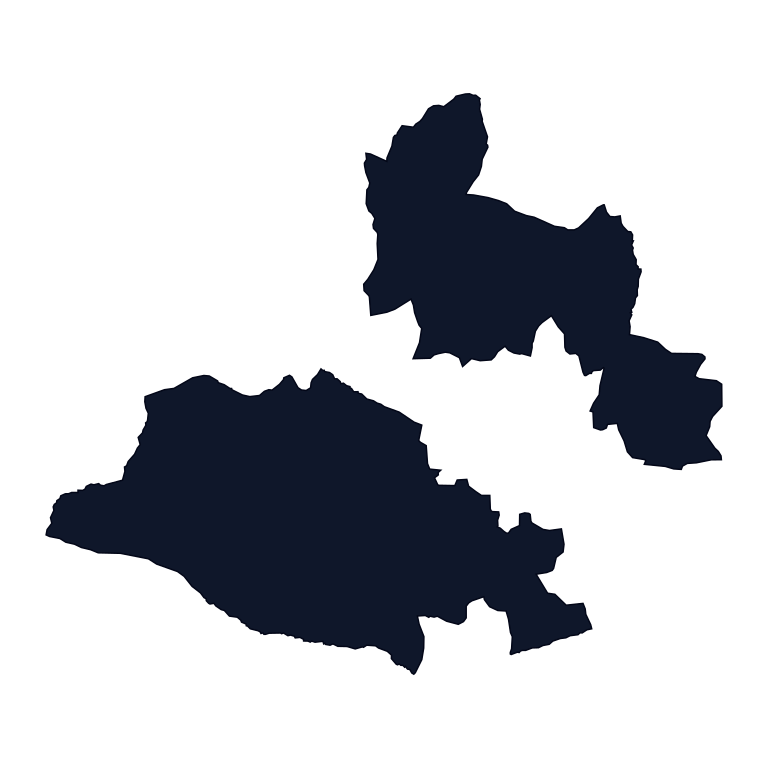 outline of Kahama, Shinyanga, United Republic of Tanzania
{"feature_id": "72390352B22692962057204", "entity_name": "Kahama", "entity_type": "district", "adm_level": 2, "iso_a3": "TZA", "parent_name": "United Republic of Tanzania", "parent_adm1": "Shinyanga", "projection": "albers", "projection_center": [32.403, -3.76], "detail": "fine", "context": "isolated", "style": "filled", "palette": "ink", "viewbox_px": 768, "rotation_deg": 0, "n_neighbors": 0, "source": "geoboundaries", "source_scale": "gbopen_adm2", "svg_char_len": 6096}
<svg xmlns="http://www.w3.org/2000/svg" viewBox="0 0 768 768"><path d="M46.1,534.9L49.6,536.5L59.9,538.5L65.8,542.2L74.5,544.2L81.4,547.5L90.6,549.7L98.2,552.8L120.4,553.3L148.4,558.8L156.7,564.1L177.5,571.5L184.1,576.3L192.1,586.4L200.5,592.9L204.0,597.6L206.1,598.7L206.3,600.7L208.7,603.3L210.0,604.0L213.9,603.3L215.8,605.9L221.2,609.6L224.4,610.5L229.4,616.1L237.3,617.2L240.8,620.2L241.5,622.1L246.0,624.0L246.3,625.8L247.5,626.0L250.3,628.8L257.9,630.7L260.0,631.7L261.0,633.5L263.0,632.9L263.9,634.3L265.6,634.3L269.1,633.2L280.5,633.0L281.6,633.7L283.5,633.0L287.9,635.7L290.5,635.1L294.3,636.2L295.2,637.9L300.0,637.4L303.5,639.3L303.6,641.0L308.0,641.1L310.2,642.1L311.7,641.1L315.0,642.2L322.9,641.3L323.7,643.9L324.9,643.2L325.5,644.4L330.1,645.2L332.9,643.9L337.8,646.3L347.1,646.5L355.2,648.9L362.3,646.9L363.5,647.3L366.7,645.2L375.6,645.8L378.5,648.0L387.3,651.3L391.5,655.1L391.4,658.6L396.3,664.3L397.7,664.8L399.1,663.9L400.8,665.3L403.0,665.4L404.6,667.2L405.4,666.4L407.5,669.1L409.8,669.5L411.8,673.0L413.8,674.2L415.3,672.7L421.8,659.6L423.7,648.1L423.9,636.6L419.1,624.2L417.4,616.0L425.3,615.5L428.8,617.3L430.0,616.2L434.1,617.1L437.3,616.2L446.6,621.2L458.3,624.3L463.5,621.6L466.2,617.9L466.2,606.2L468.7,602.9L471.9,600.8L483.8,596.7L484.4,599.6L489.6,606.7L497.8,610.5L506.1,611.0L508.5,619.2L510.5,632.5L512.3,636.7L511.6,648.8L510.3,652.4L510.3,654.0L511.2,654.5L517.3,652.2L519.2,652.5L520.4,651.0L522.4,650.4L525.6,650.4L532.3,647.9L538.5,647.7L542.9,645.5L549.2,644.3L552.8,641.1L560.3,638.5L565.9,637.8L570.1,635.7L578.0,634.7L580.0,632.8L582.2,632.9L586.9,629.8L591.7,628.8L590.7,624.7L585.8,614.3L585.2,608.9L583.0,603.4L566.2,605.2L554.9,594.3L547.6,593.2L536.1,574.2L546.7,572.5L552.2,570.4L553.6,568.4L556.2,557.4L563.1,552.0L564.0,544.2L561.4,528.9L549.5,530.5L543.0,529.4L531.9,522.9L530.9,521.1L530.2,514.4L528.8,513.4L524.7,512.9L519.7,514.3L519.5,525.6L511.2,529.3L508.4,533.2L506.4,533.1L504.0,531.5L500.3,528.2L497.2,526.9L497.9,525.7L497.6,520.2L499.2,515.1L498.7,511.9L492.2,511.6L491.1,510.8L490.3,508.9L489.8,495.4L481.4,495.4L475.9,491.7L468.6,486.2L466.8,479.4L457.2,480.0L454.8,485.6L438.5,485.3L437.6,484.5L434.5,477.8L438.3,474.9L438.2,472.5L440.7,470.2L429.7,469.1L427.5,463.6L426.2,445.6L420.4,442.3L418.7,440.5L421.8,425.1L414.0,422.1L399.2,412.1L384.3,406.7L380.8,404.2L377.1,403.1L373.5,400.8L366.8,399.0L361.7,394.0L358.3,393.3L358.0,391.7L353.7,391.8L351.5,388.5L350.0,387.9L350.0,386.6L346.6,385.7L343.5,383.2L340.9,383.7L340.2,381.6L337.1,378.8L334.6,378.8L332.7,374.7L329.5,372.5L324.7,371.6L324.2,370.3L322.8,370.5L321.0,368.9L317.5,374.6L312.5,379.4L311.1,382.8L310.6,387.8L306.2,390.5L301.5,390.0L298.0,387.7L291.9,376.9L289.5,375.3L283.8,377.8L283.5,379.6L279.5,384.3L272.1,390.1L268.8,389.7L264.4,391.3L259.5,395.5L249.8,396.6L242.5,395.0L232.0,389.8L231.6,388.5L230.0,388.5L224.2,384.7L218.3,382.7L217.6,380.9L209.3,376.0L203.9,375.5L192.6,377.8L174.0,388.4L164.5,389.7L145.1,396.7L144.8,401.7L146.0,408.3L148.3,413.2L147.6,419.8L147.2,421.6L145.6,422.9L145.9,425.2L143.1,430.0L142.5,432.9L138.2,437.4L140.2,444.6L137.4,448.1L134.6,454.2L128.2,461.5L126.6,465.8L124.5,467.0L124.9,471.4L122.5,480.2L106.3,484.5L104.1,485.8L100.5,485.2L98.7,483.6L93.9,484.8L91.0,484.1L86.3,486.4L84.9,489.2L82.7,490.4L78.0,490.2L78.0,492.5L71.6,492.5L68.7,493.7L65.3,493.8L60.8,495.8L59.9,498.6L56.9,500.6L56.5,502.9L54.3,504.4L53.2,506.9L53.9,510.4L50.5,517.7L51.8,523.3L47.1,529.6L46.1,534.9ZM365.9,153.3L366.6,159.4L364.4,163.1L364.6,165.8L365.9,172.6L369.8,183.0L368.8,187.4L366.9,189.8L366.2,203.7L368.9,211.0L371.8,213.4L374.9,218.4L373.0,224.6L373.5,228.4L377.3,232.5L377.8,234.7L377.2,243.6L378.0,259.4L373.8,269.8L367.8,279.3L363.7,284.2L364.1,290.7L368.9,295.7L369.4,297.2L370.8,315.4L386.9,312.2L395.0,309.1L411.0,299.1L413.4,305.1L414.6,312.6L417.6,321.4L419.1,325.2L421.7,328.4L419.5,342.7L413.1,358.7L430.4,358.2L434.1,354.9L438.5,353.6L445.3,352.2L449.7,352.8L459.4,357.7L462.6,366.5L471.5,358.6L480.2,360.7L491.2,359.9L494.5,356.8L497.7,351.7L505.1,346.2L508.4,350.2L513.9,353.0L519.7,354.1L521.7,353.6L530.4,356.0L532.1,347.7L532.1,343.3L533.3,341.0L535.4,331.2L538.7,325.9L542.0,322.6L551.4,315.7L558.3,326.9L564.5,333.9L564.9,347.3L566.1,351.0L569.9,354.0L575.8,353.4L578.9,355.9L583.0,372.2L584.5,375.4L585.8,375.6L589.4,373.4L591.4,373.4L592.0,371.7L593.5,370.6L600.3,370.1L603.3,367.6L604.1,368.2L600.0,385.6L599.2,394.8L593.6,403.2L590.1,411.0L593.0,411.9L593.7,427.6L600.5,430.0L602.7,429.7L606.3,428.0L607.5,424.4L617.3,423.4L618.7,429.8L624.1,440.9L627.4,451.8L632.6,457.6L644.6,459.6L645.8,460.6L644.3,464.3L665.3,466.4L673.7,468.9L681.3,469.4L682.5,466.1L687.3,463.4L696.4,462.8L711.3,459.8L721.4,459.7L721.0,455.8L718.3,451.4L714.9,448.2L706.1,435.6L709.7,426.7L710.1,421.4L712.6,416.5L721.9,406.3L721.7,384.2L716.4,380.7L699.2,378.7L695.0,376.4L696.3,372.3L700.6,364.4L705.0,358.9L704.9,356.9L701.9,354.4L698.0,353.7L671.5,353.4L665.5,349.4L657.7,342.1L643.8,337.7L629.5,334.6L630.1,326.6L629.1,320.8L631.8,314.8L630.3,312.9L631.8,312.3L631.0,309.3L633.0,307.3L634.7,303.7L635.5,297.9L637.4,295.6L637.2,289.6L638.2,286.4L638.4,279.1L641.1,271.8L640.9,269.1L638.0,268.9L638.2,266.8L636.0,264.6L636.2,259.6L633.2,254.4L632.5,250.1L633.2,248.0L631.6,245.0L633.3,240.9L632.3,241.0L632.6,234.9L630.8,231.8L627.8,231.5L623.0,226.4L621.2,223.2L620.2,215.9L614.8,216.9L609.9,216.5L606.5,212.1L604.2,204.8L603.4,204.8L597.4,207.8L588.6,218.6L578.6,227.9L574.2,229.9L567.8,229.9L564.4,227.7L554.5,226.3L534.1,217.2L526.4,215.6L514.6,211.2L506.7,203.8L498.6,200.6L488.1,197.6L473.7,195.0L466.1,194.5L466.5,192.5L473.2,181.7L478.6,174.9L481.4,166.4L482.2,159.2L487.9,147.2L487.6,145.2L486.2,144.0L487.5,136.8L482.2,121.4L482.4,119.2L479.6,109.2L480.2,104.4L479.4,100.0L480.1,98.7L475.7,95.2L473.0,95.3L469.6,93.8L465.4,94.0L456.1,96.2L453.7,99.2L443.8,106.7L438.8,105.4L433.5,105.8L428.5,108.8L422.4,118.6L419.9,121.4L415.8,124.1L413.4,127.2L402.1,125.7L397.4,132.9L396.9,135.0L394.8,135.5L393.4,137.4L391.9,146.2L387.0,157.9L386.8,161.4L370.5,154.0L365.9,153.3Z" fill="#0f172a" stroke="#020617" stroke-width="1.5"/></svg>